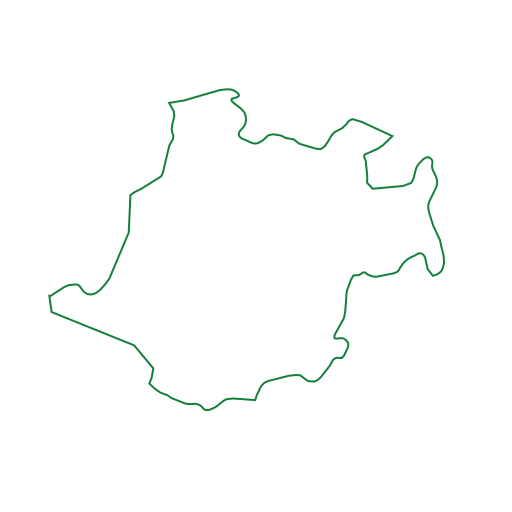 map outline of Yaracuy (orthographic projection), rotated 201°
{"feature_id": "VEN-36", "entity_name": "Yaracuy", "entity_type": "State", "adm_level": 1, "iso_a3": "VEN", "parent_name": "Venezuela", "parent_adm1": "", "projection": "orthographic", "projection_center": [-68.813, 10.294], "detail": "fine", "context": "isolated", "style": "outline", "palette": "green", "viewbox_px": 512, "rotation_deg": 201, "n_neighbors": 0, "source": "natural_earth", "source_scale": "10m", "svg_char_len": 2980}
<svg xmlns="http://www.w3.org/2000/svg" viewBox="0 0 512 512"><g transform="rotate(201 256 256)"><path d="M426.7,130.4L434.7,144.8L433.4,145.2L423.9,158.3L420.2,161.8L413.8,165.0L412.0,165.3L410.3,164.9L404.2,161.1L402.3,160.4L400.1,160.2L397.9,160.4L396.1,161.1L394.5,162.0L393.2,163.1L391.9,164.4L389.2,168.9L386.4,176.3L384.8,182.3L383.2,232.2L395.1,268.0L392.1,272.3L387.1,277.7L374.0,295.1L373.0,296.7L372.8,300.5L376.5,327.9L375.5,334.7L375.7,336.9L376.5,339.0L378.5,341.4L380.1,344.1L381.3,349.1L382.4,357.4L384.7,361.7L392.0,367.8L379.1,375.3L349.7,397.6L343.6,400.9L339.4,402.4L336.8,402.6L334.1,402.3L330.3,401.0L329.4,399.5L329.9,398.1L331.2,396.9L332.7,395.9L334.0,394.9L335.0,393.8L334.7,392.6L333.5,391.6L331.8,390.9L323.8,388.5L320.2,387.0L318.6,386.0L317.3,384.8L316.2,383.5L315.2,381.9L314.4,380.1L313.8,378.3L313.4,376.2L313.5,374.0L313.9,371.9L315.9,366.6L316.0,365.0L316.0,364.2L315.7,363.5L315.1,362.4L313.8,361.4L312.1,360.7L300.3,360.1L297.8,360.4L295.1,361.7L291.7,365.5L290.1,368.2L288.1,372.6L286.3,374.1L283.4,375.8L279.2,376.8L276.3,377.3L273.7,377.3L271.9,376.9L269.4,377.0L262.6,378.4L256.6,376.5L254.5,376.4L238.5,377.7L234.5,378.7L232.7,380.4L231.1,383.2L229.6,389.5L229.2,393.2L228.3,396.8L227.0,399.8L221.3,406.3L218.6,412.1L218.0,414.6L217.3,415.9L216.2,417.3L214.7,418.4L205.2,419.1L171.6,416.8L177.1,405.1L180.7,399.8L190.8,389.8L190.9,388.2L190.2,386.8L187.7,384.3L180.9,370.7L178.5,364.2L171.1,360.6L144.0,374.0L137.4,379.7L137.0,381.8L136.8,385.5L137.9,395.0L137.7,397.8L136.8,401.1L134.6,406.2L132.7,408.7L130.6,410.0L128.0,409.7L126.3,408.8L125.3,407.7L124.8,406.6L123.9,403.1L123.1,401.5L122.0,399.9L116.8,395.0L114.6,392.2L113.7,390.6L113.0,388.8L112.5,386.8L112.4,384.5L113.8,368.3L113.6,366.3L113.0,364.1L112.2,362.2L110.4,359.2L101.5,347.9L89.9,336.7L87.9,333.7L87.0,332.1L81.0,323.6L78.4,318.0L77.8,316.3L77.3,311.7L77.4,310.0L77.5,308.8L78.1,307.2L78.9,305.7L81.1,302.9L83.9,300.9L91.1,305.4L97.6,315.2L100.0,317.1L103.0,317.6L104.7,317.0L105.8,316.1L107.5,313.8L111.2,310.0L113.4,307.2L115.2,303.9L115.9,302.0L117.0,298.0L117.7,293.5L118.8,291.4L120.8,289.5L135.9,279.9L139.4,278.8L143.6,278.6L146.2,278.9L148.3,279.8L149.9,279.1L150.8,278.1L153.0,275.1L158.1,272.7L158.8,268.1L158.7,255.7L153.2,237.5L152.1,232.6L151.7,228.9L154.3,210.6L153.8,208.3L152.8,207.3L151.3,207.7L146.4,210.1L144.2,210.3L141.7,209.7L138.8,207.8L137.7,205.6L137.5,202.8L138.2,194.2L139.4,191.5L144.4,189.8L146.0,188.2L146.9,186.2L147.8,180.0L152.1,166.0L154.2,162.1L156.4,159.8L160.0,158.5L161.8,158.1L163.3,158.1L164.6,158.4L172.2,160.5L176.5,159.0L182.4,156.0L199.5,143.9L202.6,140.9L204.2,137.4L204.7,135.3L205.4,126.1L205.1,121.2L226.5,114.7L232.7,111.4L234.9,108.4L239.0,101.4L240.9,99.0L244.6,95.5L247.2,94.3L249.5,94.2L253.0,96.1L255.5,96.7L259.5,96.4L263.7,94.4L266.7,93.4L269.3,92.9L284.0,93.1L288.7,94.3L296.3,94.2L303.5,96.0L309.8,98.7L309.8,105.1L311.6,114.3L337.7,128.9L426.7,130.4Z" fill="none" stroke="#15803d" stroke-width="2"/></g></svg>